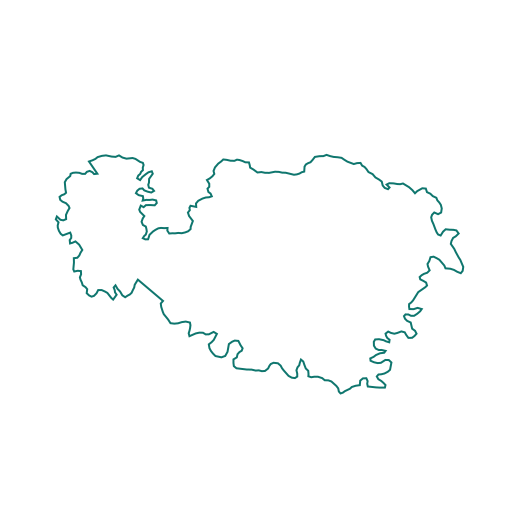 outline of Curitibanos, Santa Catarina, Brazil, rotated 283°
{"feature_id": "56859067B5132572853524", "entity_name": "Curitibanos", "entity_type": "district", "adm_level": 2, "iso_a3": "BRA", "parent_name": "Brazil", "parent_adm1": "Santa Catarina", "projection": "natural_earth1", "projection_center": [-50.624, -27.278], "detail": "fine", "context": "isolated", "style": "outline", "palette": "teal", "viewbox_px": 512, "rotation_deg": 283, "n_neighbors": 0, "source": "geoboundaries", "source_scale": "gbopen_adm2", "svg_char_len": 6094}
<svg xmlns="http://www.w3.org/2000/svg" viewBox="0 0 512 512"><g transform="rotate(283 256 256)"><path d="M153.5,386.2L158.0,385.6L160.8,387.7L161.7,391.0L159.2,392.9L156.5,393.1L154.0,394.3L155.0,402.7L155.7,406.7L156.8,411.2L159.4,411.2L161.0,408.8L162.4,406.2L163.5,402.9L165.8,400.8L168.1,402.0L168.9,404.6L170.4,407.6L172.9,410.5L175.3,412.2L182.7,411.9L184.5,408.8L183.8,405.4L180.0,401.7L179.0,398.6L179.0,394.9L179.7,391.2L181.9,390.4L184.2,393.3L186.5,395.2L189.1,398.7L190.6,402.7L192.7,403.6L192.7,399.5L192.0,396.8L192.7,393.5L195.1,391.1L198.9,390.1L201.5,390.9L202.6,394.6L202.7,399.4L202.1,401.8L201.9,405.2L204.4,405.0L205.7,402.3L207.5,400.7L209.5,399.7L212.1,401.8L211.4,404.8L211.4,408.3L212.8,411.0L215.2,414.6L215.1,418.1L212.9,420.1L210.5,422.9L211.4,426.5L213.7,428.4L216.4,429.9L218.9,427.8L220.3,424.5L226.0,421.7L226.8,417.8L228.4,415.3L230.7,413.7L232.7,414.8L233.3,417.6L232.6,420.5L233.3,423.5L236.0,426.1L239.1,428.4L241.6,429.4L241.8,425.1L239.7,421.6L238.8,417.4L241.1,416.5L243.6,416.0L245.6,417.7L248.0,419.0L257.3,422.2L263.7,428.0L265.7,429.3L268.4,427.7L269.4,424.6L270.2,421.3L272.3,420.2L274.5,421.7L276.4,423.7L278.2,426.6L281.1,428.4L284.4,426.0L286.8,424.9L290.1,426.0L294.1,426.3L295.3,429.2L294.5,432.6L293.6,435.5L289.1,441.6L286.6,443.4L287.3,448.2L287.0,452.0L285.9,455.5L285.3,459.4L288.0,460.7L292.0,460.4L298.2,455.9L300.1,453.9L304.7,449.8L307.5,447.6L311.6,443.1L314.5,443.1L318.0,444.0L320.1,446.2L323.5,448.4L326.0,445.5L325.9,442.3L325.2,438.9L324.7,434.8L321.8,432.8L317.5,431.3L317.9,428.6L319.6,426.8L322.3,424.8L327.0,421.7L329.9,419.5L333.1,418.0L335.8,418.3L338.5,419.9L337.7,424.0L340.0,426.6L344.1,426.3L347.4,424.6L349.4,422.5L351.0,420.2L353.3,418.6L354.1,414.8L355.9,411.9L356.7,408.2L359.9,406.3L359.4,402.8L355.5,398.5L352.9,396.8L355.4,393.5L357.5,389.6L359.7,382.9L358.4,380.3L357.9,377.5L357.7,373.7L356.9,369.5L355.0,367.2L352.8,370.7L350.8,369.6L351.3,366.1L353.2,363.6L356.8,361.8L358.2,358.6L359.4,354.7L362.0,351.2L363.1,346.7L365.6,344.0L367.2,341.7L367.9,339.1L370.2,336.9L369.2,333.5L367.6,330.6L368.5,323.8L369.7,320.3L370.9,317.3L370.6,313.4L370.0,309.3L370.0,305.7L370.4,302.0L368.5,299.2L367.5,295.3L365.8,291.1L362.3,289.5L359.6,288.0L358.2,285.9L356.4,284.0L354.0,283.2L349.1,284.0L347.9,281.7L346.1,279.8L344.7,277.4L343.7,274.7L343.8,266.1L343.1,262.8L343.1,259.4L342.4,255.6L340.0,250.2L339.1,246.1L339.0,242.4L337.7,238.6L339.7,234.0L340.8,230.4L343.0,229.5L345.6,228.1L344.9,224.5L345.5,221.7L345.8,218.5L345.6,215.8L343.9,213.6L343.1,209.6L343.1,205.9L342.7,202.4L340.3,200.8L337.5,198.4L333.1,196.1L329.3,195.5L326.6,196.9L323.9,195.6L321.2,193.5L319.0,191.1L315.9,194.2L312.9,194.9L310.7,193.6L307.7,195.2L306.6,197.7L304.2,199.5L302.7,197.1L301.7,193.9L299.9,190.9L296.8,187.3L293.7,185.7L290.4,186.7L290.2,180.9L288.0,180.3L285.8,181.2L283.0,179.9L279.9,181.8L275.9,186.6L269.7,185.8L267.5,186.2L264.8,184.3L263.0,181.6L261.5,178.5L261.0,175.1L259.9,172.1L259.3,169.3L258.4,166.4L260.8,163.9L263.4,163.5L262.5,160.4L262.0,157.1L261.0,154.6L258.9,152.2L256.8,150.2L252.7,147.5L248.0,147.1L247.3,144.4L247.9,141.7L250.2,142.5L252.1,143.8L255.3,144.1L257.8,143.1L259.9,142.0L260.8,138.8L263.6,136.8L267.1,137.2L269.8,138.2L272.9,133.2L274.9,131.8L279.2,132.4L278.3,135.5L280.8,137.3L281.9,141.7L282.6,145.9L285.3,147.4L287.7,146.2L287.7,142.5L286.7,139.8L286.0,136.5L284.5,133.1L286.7,133.2L288.9,132.3L288.9,128.0L290.2,124.9L292.9,125.6L295.3,127.4L296.3,130.2L294.8,132.4L294.3,135.9L294.3,139.7L296.5,142.0L298.2,139.9L298.5,136.3L301.1,135.0L303.5,135.2L307.1,134.5L312.9,136.9L315.1,135.4L313.4,132.4L310.9,130.2L307.3,127.4L303.9,126.0L305.0,122.7L307.9,123.2L309.9,124.7L312.1,125.1L314.2,126.5L316.6,125.8L319.4,126.0L321.3,124.8L321.6,121.9L323.5,116.7L323.7,113.7L321.7,107.9L321.9,103.7L323.2,99.9L321.0,96.9L320.4,93.0L320.3,87.2L318.9,83.3L316.7,79.4L314.5,77.7L312.5,75.2L310.5,72.0L300.5,82.9L299.4,79.8L300.8,77.8L301.5,74.8L300.0,72.3L297.6,71.0L296.9,68.1L297.3,65.1L296.8,61.8L295.9,59.0L294.4,56.9L292.1,57.0L288.3,54.1L284.9,53.1L278.1,55.3L274.9,56.7L273.0,55.3L271.5,53.0L269.4,51.3L266.7,52.6L265.4,55.2L264.7,59.0L262.7,62.1L260.8,63.5L257.3,62.4L253.3,61.6L249.2,62.7L247.4,60.2L247.3,57.3L249.7,53.1L246.7,52.7L244.4,56.0L241.2,55.9L239.1,56.5L236.2,58.3L233.7,60.7L232.6,63.1L237.0,69.7L234.4,71.4L232.0,71.9L229.6,70.9L226.4,72.0L227.6,74.2L229.6,76.8L227.3,81.1L222.8,85.4L219.8,84.3L216.7,83.7L214.1,82.3L212.9,79.0L208.6,80.1L201.9,81.0L200.0,82.4L201.5,85.6L201.9,88.8L198.8,89.7L195.6,89.2L193.5,90.3L191.1,92.2L188.5,93.7L187.3,96.9L185.7,99.0L181.7,99.4L180.0,102.3L179.4,104.9L180.7,107.1L183.8,109.0L187.3,109.9L188.1,113.3L187.4,116.8L186.6,119.5L182.6,124.4L181.4,126.6L186.9,128.9L188.9,126.8L191.0,126.0L193.3,124.4L195.8,125.7L192.8,128.5L190.8,131.6L187.6,134.6L186.4,137.8L188.5,139.8L190.1,141.7L192.2,143.1L194.8,143.6L197.9,144.4L200.7,144.3L206.4,146.2L191.3,175.5L188.3,173.9L185.1,175.1L180.7,177.7L178.6,179.2L174.4,184.6L171.3,187.8L171.7,191.6L172.9,195.2L174.9,198.6L176.3,202.3L176.3,206.6L173.8,207.7L170.8,208.0L168.3,208.0L165.6,207.8L162.9,209.2L167.0,214.7L168.6,218.1L169.3,221.6L168.3,224.6L169.1,227.7L172.5,231.8L171.3,235.4L164.7,233.7L162.0,232.1L159.3,229.9L155.7,231.4L153.3,233.5L151.3,236.0L149.4,239.0L149.5,245.1L151.7,248.5L156.2,249.8L164.1,249.4L167.1,252.0L168.8,254.3L169.3,257.9L165.5,261.1L163.1,263.7L160.5,263.4L158.7,261.5L156.2,260.1L152.9,260.1L150.2,257.3L146.7,258.1L143.7,259.2L142.2,262.2L143.3,272.5L144.3,277.2L144.3,281.5L145.2,284.4L145.1,287.6L146.0,290.6L149.1,293.1L152.1,293.8L154.1,294.7L155.9,297.1L156.4,301.5L154.7,304.7L152.5,306.6L150.7,308.8L146.5,314.7L145.5,318.2L145.8,321.4L147.8,323.3L150.5,322.7L153.8,321.1L156.9,321.5L159.2,322.7L161.7,322.7L165.2,323.1L163.8,325.8L160.7,327.7L157.6,329.8L155.9,332.7L152.9,333.7L150.6,334.1L150.3,337.1L151.5,340.0L152.3,343.4L151.9,348.0L150.4,350.9L151.1,354.5L150.7,357.7L147.5,363.5L145.5,365.9L142.6,367.2L141.1,369.3L142.4,371.4L144.3,373.0L147.8,377.4L149.9,378.8L152.0,382.3L153.5,386.2Z" fill="none" stroke="#0f766e" stroke-width="2"/></g></svg>